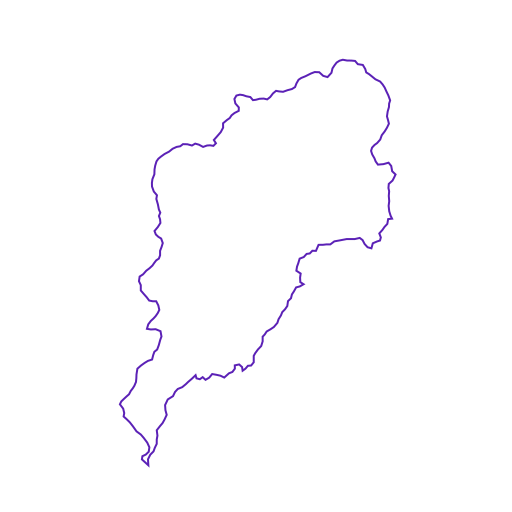 Bocaina de Minas, Minas Gerais, Brazil, rotated 339°
{"feature_id": "56859067B74757046772552", "entity_name": "Bocaina de Minas", "entity_type": "district", "adm_level": 2, "iso_a3": "BRA", "parent_name": "Brazil", "parent_adm1": "Minas Gerais", "projection": "albers", "projection_center": [-44.499, -22.241], "detail": "fine", "context": "isolated", "style": "outline", "palette": "violet", "viewbox_px": 512, "rotation_deg": 339, "n_neighbors": 0, "source": "geoboundaries", "source_scale": "gbopen_adm2", "svg_char_len": 3780}
<svg xmlns="http://www.w3.org/2000/svg" viewBox="0 0 512 512"><g transform="rotate(339 256 256)"><path d="M185.3,163.8L183.4,167.0L182.9,172.7L182.0,177.8L182.2,181.2L179.7,183.9L179.6,187.3L178.6,190.9L174.7,193.8L170.2,196.3L170.2,200.0L171.7,203.1L173.7,205.7L173.6,210.5L171.1,213.7L168.3,216.8L166.7,221.0L164.4,223.6L161.3,224.3L158.5,226.0L155.9,227.8L152.1,229.3L148.3,230.4L144.1,232.6L140.0,233.5L137.7,237.6L138.0,241.9L136.1,246.9L137.7,251.4L139.2,255.4L140.3,259.3L143.3,261.2L146.6,262.5L147.1,267.1L146.4,271.7L143.8,274.1L140.7,276.2L137.9,277.6L134.6,278.9L130.9,281.2L128.1,284.9L131.5,286.9L136.1,288.4L139.9,292.0L138.9,297.3L136.6,299.9L133.3,304.4L130.2,307.9L126.8,309.0L124.5,311.7L121.9,315.4L117.5,315.2L113.7,315.9L109.5,317.0L104.9,318.7L102.0,323.7L100.5,327.2L98.8,330.6L95.9,333.6L93.5,335.4L90.7,337.1L87.9,339.6L84.9,340.7L81.4,342.1L78.1,343.5L75.8,345.7L77.3,350.9L76.7,355.4L74.9,358.4L76.7,361.9L78.6,366.1L80.1,371.0L81.6,376.9L84.5,381.4L86.0,385.6L87.6,391.3L87.9,396.4L85.7,400.3L81.9,401.9L78.2,402.2L76.6,405.0L80.5,412.8L82.3,407.1L86.1,403.6L90.3,401.7L92.8,398.8L96.0,395.8L97.6,391.7L99.6,388.4L100.9,383.1L105.6,380.3L108.9,378.5L112.1,375.8L115.7,372.3L116.2,367.5L117.7,362.6L122.2,358.3L128.3,357.1L131.7,353.9L135.3,352.1L140.1,352.0L144.6,350.5L147.4,349.3L152.4,347.5L156.9,345.6L156.6,348.9L159.4,350.9L162.8,350.0L164.5,353.5L168.7,352.8L172.8,350.5L176.6,352.8L179.9,355.0L182.8,358.1L188.8,355.8L192.4,355.8L195.9,353.6L197.0,350.5L201.4,351.2L203.2,354.7L202.4,358.3L205.8,357.4L209.1,355.6L212.2,356.5L215.8,354.4L218.1,348.4L220.5,346.4L224.4,343.9L228.6,341.9L231.6,338.1L233.3,333.7L236.0,332.4L238.9,330.3L243.3,329.6L247.2,328.7L252.0,326.1L254.4,323.1L258.0,320.4L260.4,317.8L263.9,316.2L267.3,313.9L269.7,309.6L273.5,308.0L275.8,304.7L278.6,302.7L282.2,299.7L286.0,300.1L290.3,299.4L288.0,296.3L289.4,292.0L291.4,288.4L288.4,284.2L290.5,280.6L292.7,278.1L295.8,274.1L300.2,274.1L304.0,272.2L307.1,272.9L310.5,271.3L313.8,272.7L318.4,268.0L322.4,269.5L325.9,270.4L329.5,271.8L334.4,270.4L339.0,271.3L346.8,272.7L354.4,275.6L359.3,276.3L361.2,279.3L361.7,283.7L363.3,287.8L366.5,290.2L369.6,286.0L374.3,285.8L377.3,286.0L379.2,283.4L379.2,279.1L383.3,277.0L386.4,274.9L390.1,273.1L392.6,268.9L396.4,269.9L396.1,266.6L396.4,262.0L397.8,256.7L400.0,252.6L401.5,247.5L403.5,243.3L404.0,240.0L405.8,236.3L410.5,234.5L413.2,232.1L415.5,229.9L413.5,225.7L414.5,220.4L413.2,216.4L407.9,215.9L402.6,214.4L401.6,210.6L401.6,207.3L400.9,202.8L401.1,199.1L403.2,196.4L406.5,194.8L409.5,194.0L413.7,191.8L416.7,188.3L420.8,185.8L424.2,183.2L427.5,180.1L428.0,176.1L428.3,172.6L430.7,168.3L433.5,164.6L434.9,161.4L437.0,158.8L437.1,153.5L436.7,148.7L436.5,144.9L435.7,141.2L434.4,137.6L430.8,133.8L428.4,129.6L426.7,126.7L424.7,124.1L425.0,120.6L424.2,115.9L419.8,113.4L418.4,109.4L415.2,107.8L411.0,106.1L407.4,103.9L404.0,103.6L400.6,104.3L397.5,106.2L394.6,108.3L392.1,112.0L386.9,114.6L383.3,111.9L380.9,107.1L376.7,105.3L372.7,105.3L366.6,105.9L362.0,106.0L358.9,106.7L355.6,109.4L353.0,112.3L349.4,113.0L344.8,112.5L340.1,112.4L336.5,110.6L333.9,109.0L330.1,110.3L326.2,112.7L322.6,113.8L319.6,111.8L315.7,110.5L311.9,110.1L309.0,109.4L307.7,105.6L304.2,103.4L301.6,101.2L298.8,99.6L295.2,99.2L292.1,101.7L291.4,106.2L293.2,111.1L291.9,114.3L287.2,114.8L283.6,115.9L280.9,117.8L277.4,118.7L272.8,120.3L271.3,124.4L267.5,127.7L261.9,130.7L258.2,132.6L259.0,136.4L255.7,137.9L252.8,136.2L249.9,135.3L245.7,135.2L242.6,131.6L239.5,129.3L235.8,129.9L232.0,127.1L227.9,125.4L224.6,126.4L221.0,125.7L216.6,126.0L212.3,127.4L207.2,128.0L203.0,129.1L199.7,130.2L197.0,132.0L194.3,135.5L192.3,138.8L190.4,143.3L186.8,147.2L185.0,150.5L183.8,153.9L183.7,159.2L185.3,163.8Z" fill="none" stroke="#5b21b6" stroke-width="2"/></g></svg>